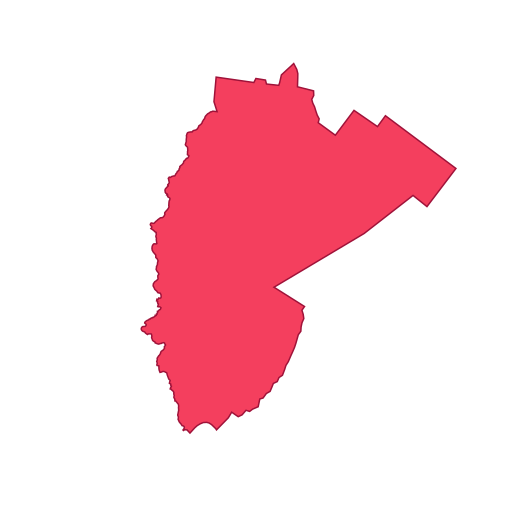 the district of Apostoles, Misiones, Argentina, rotated 31°
{"feature_id": "61730980B76555431598408", "entity_name": "Apostoles", "entity_type": "district", "adm_level": 2, "iso_a3": "ARG", "parent_name": "Argentina", "parent_adm1": "Misiones", "projection": "natural_earth1", "projection_center": [-55.748, -27.916], "detail": "fine", "context": "isolated", "style": "filled", "palette": "rose", "viewbox_px": 512, "rotation_deg": 31, "n_neighbors": 0, "source": "geoboundaries", "source_scale": "gbopen_adm2", "svg_char_len": 6117}
<svg xmlns="http://www.w3.org/2000/svg" viewBox="0 0 512 512"><g transform="rotate(31 256 256)"><path d="M290.6,441.8L292.0,434.8L293.0,431.6L294.6,428.6L296.6,425.9L299.4,424.0L301.8,423.3L304.7,423.4L310.3,424.7L311.7,425.4L315.6,409.0L315.6,402.4L323.5,402.9L325.9,399.3L326.9,393.4L330.6,392.5L331.9,389.1L335.5,384.1L332.9,376.6L335.2,374.1L335.7,368.5L337.8,364.8L337.2,360.5L336.5,356.3L338.9,352.7L338.3,348.3L340.1,344.6L339.0,338.5L338.0,334.4L338.1,329.9L337.2,323.3L336.7,318.9L336.1,314.5L335.1,310.1L332.8,301.7L333.2,297.4L331.2,293.6L329.8,289.5L329.2,285.0L326.5,281.7L323.3,278.8L323.6,274.3L287.5,273.5L337.1,181.0L359.4,123.2L377.1,125.6L382.3,78.0L294.7,69.1L293.5,82.5L265.0,80.7L261.8,111.6L240.7,109.7L239.5,105.9L235.9,103.7L232.6,100.9L229.4,98.0L225.9,95.7L223.1,93.0L222.8,88.6L220.3,84.8L204.4,89.6L200.1,81.9L197.9,78.1L194.9,75.1L189.2,71.6L184.5,87.7L187.0,95.2L187.6,98.0L176.4,103.2L173.5,100.3L164.5,103.9L164.8,108.4L129.7,123.2L140.5,145.4L148.3,152.3L144.4,154.1L143.5,155.4L142.8,155.9L142.3,157.3L141.3,159.1L140.7,161.9L140.7,163.1L141.1,164.4L141.1,165.3L140.9,165.8L140.9,168.5L141.1,169.3L141.2,169.9L140.9,171.8L140.0,173.7L140.0,174.3L140.3,175.3L140.3,176.1L140.2,176.6L140.2,177.6L139.3,179.3L138.2,180.2L137.7,180.9L137.4,181.6L137.4,182.4L137.0,182.8L136.3,183.1L135.7,183.7L135.1,184.1L134.5,184.7L133.9,185.5L133.8,186.3L134.4,188.8L134.8,189.3L135.1,189.5L135.8,191.2L136.1,191.7L136.5,192.7L137.1,193.3L138.1,197.0L138.6,197.3L139.4,197.6L140.0,197.8L140.4,197.8L141.1,198.0L141.8,198.6L142.1,199.2L143.2,200.7L143.6,202.0L144.0,202.5L144.4,203.2L144.7,204.0L145.1,204.5L146.2,204.5L146.8,204.6L147.0,205.0L147.1,205.9L147.1,207.0L146.6,207.9L146.3,207.9L146.0,208.8L145.9,210.1L145.7,210.7L145.4,211.5L145.4,212.4L145.9,213.7L145.8,214.4L145.4,216.4L145.1,216.9L144.6,218.5L145.2,219.4L145.2,220.1L145.3,221.1L145.7,221.8L145.4,223.4L145.0,224.0L145.3,225.4L145.0,226.8L145.2,229.0L145.0,229.3L144.3,229.7L142.7,231.4L142.2,232.7L141.1,233.0L140.9,233.4L141.0,233.9L140.8,234.6L141.6,235.2L141.8,235.6L142.7,236.5L143.3,237.2L143.7,237.5L143.9,238.1L143.9,238.6L143.9,239.3L143.6,240.2L143.8,240.7L144.2,240.7L144.5,240.8L144.7,241.1L144.4,241.9L144.2,243.0L144.0,243.6L144.0,244.3L143.8,245.0L143.8,245.6L144.0,246.2L144.4,247.0L144.9,247.4L145.2,248.0L145.9,248.4L146.6,248.7L147.3,248.5L147.9,248.6L147.9,249.2L148.0,249.6L148.6,249.2L149.0,249.2L149.1,249.8L149.7,250.6L150.2,250.7L152.0,250.7L152.7,251.1L153.2,252.4L153.2,253.5L153.8,254.9L154.2,255.6L154.3,255.9L154.8,256.7L154.9,257.1L155.3,257.8L155.8,258.2L156.2,259.2L156.3,260.0L156.2,261.9L155.8,263.3L155.8,263.9L155.5,265.4L155.5,265.9L155.7,266.4L156.4,267.1L156.5,267.4L156.6,269.6L156.1,271.2L154.5,272.4L154.0,273.3L153.4,274.9L153.1,275.5L152.9,276.6L152.3,278.0L151.9,280.0L151.6,280.6L151.0,281.0L150.7,281.1L149.4,281.5L149.1,281.8L149.0,282.2L149.1,283.3L149.4,283.7L149.9,284.0L150.4,284.2L151.4,284.4L151.9,285.3L151.9,286.2L151.8,286.6L155.1,286.8L156.8,287.3L157.4,287.2L158.3,287.2L158.5,287.8L159.0,288.3L159.4,288.8L159.7,289.5L159.9,290.5L160.5,291.3L161.2,291.7L161.7,292.4L161.9,293.0L163.1,294.6L163.7,295.4L164.6,296.3L164.6,296.5L164.3,297.0L162.6,297.9L162.1,298.3L161.9,299.2L161.9,300.0L162.0,301.1L162.9,303.1L163.4,303.5L163.8,304.3L166.0,305.6L169.6,306.8L170.9,308.9L172.1,309.2L172.4,309.1L174.6,310.6L174.9,312.1L175.4,313.2L175.8,313.8L175.9,314.2L176.1,315.6L176.1,316.3L176.5,316.9L177.3,318.9L178.8,319.9L181.0,320.7L181.9,321.5L182.1,321.9L182.1,322.1L181.9,323.2L182.6,324.5L183.7,325.8L183.8,326.1L183.8,326.6L183.3,328.5L182.5,330.1L182.3,332.6L183.2,334.6L185.2,335.8L186.2,336.6L187.6,337.0L188.7,337.1L190.9,338.0L193.1,337.2L194.5,338.1L195.7,339.8L196.0,340.8L195.5,341.7L194.3,342.0L194.4,343.3L194.0,343.7L193.3,344.0L193.9,345.7L195.0,345.4L195.4,346.4L196.5,347.4L197.1,347.4L197.8,350.0L198.8,349.7L199.3,349.2L199.8,349.1L201.2,349.3L201.4,350.3L201.5,350.8L201.4,351.3L201.1,351.5L200.9,351.8L200.8,352.3L200.5,353.7L200.0,354.2L200.8,355.1L200.7,356.1L201.1,356.7L200.6,357.2L201.0,357.8L201.1,358.3L200.1,358.8L200.5,359.6L199.7,361.3L199.2,361.7L199.3,362.1L198.1,363.1L197.8,364.4L197.0,365.0L197.0,365.6L196.7,366.3L196.1,366.9L195.4,368.1L194.8,370.1L195.1,370.8L197.1,371.2L197.5,371.8L197.4,373.3L195.3,374.8L194.9,375.6L194.8,376.3L195.0,377.2L195.2,377.7L195.9,378.3L196.8,378.7L197.9,378.8L199.3,378.5L200.0,378.5L200.9,379.0L203.4,379.2L203.6,378.9L203.8,378.2L205.8,377.0L206.5,376.8L207.6,377.8L207.8,378.1L208.1,378.4L208.2,379.0L208.6,379.8L210.3,381.1L210.4,381.3L211.2,381.7L212.4,381.8L213.9,381.8L214.2,382.1L214.3,382.4L215.9,382.2L217.7,381.8L218.6,381.0L218.8,380.6L219.9,379.7L220.1,379.1L220.6,378.7L220.9,378.3L221.2,378.0L221.8,377.7L222.3,377.7L222.5,378.0L223.4,378.5L223.8,378.5L224.3,378.9L224.3,379.2L224.2,380.7L224.2,381.2L224.9,381.9L225.1,382.3L224.9,384.1L224.7,384.7L223.9,386.5L223.9,387.7L224.3,388.5L224.3,390.6L224.2,391.1L224.0,391.6L223.9,394.4L224.1,394.9L224.6,395.4L224.9,396.1L225.0,396.7L225.3,397.7L225.7,397.9L226.6,398.8L226.9,400.0L227.5,400.8L229.3,400.2L231.0,402.8L231.7,403.6L233.0,404.7L233.7,405.2L234.7,404.2L235.7,402.8L237.2,402.2L237.7,402.2L238.2,402.3L239.0,402.1L239.8,402.2L241.1,403.6L244.6,406.4L245.9,406.7L246.5,406.9L246.9,408.6L247.4,409.8L248.7,409.6L249.0,409.7L249.3,410.5L250.1,411.2L250.6,411.2L250.7,411.5L250.6,412.2L250.7,413.6L251.0,414.2L251.8,413.9L252.1,414.0L252.5,414.2L254.8,414.6L255.7,415.2L256.1,415.6L256.3,416.2L256.7,416.7L257.2,417.3L257.8,417.7L257.9,418.2L258.3,419.3L258.7,419.7L260.0,420.4L260.3,420.8L261.2,422.0L261.7,421.7L262.2,421.7L262.8,422.0L263.6,422.2L264.4,422.6L265.5,422.9L266.3,423.6L267.0,424.5L267.6,425.8L269.2,428.1L269.8,429.9L270.5,431.7L270.6,432.2L271.2,433.1L272.3,433.8L272.9,435.0L273.4,436.2L274.4,436.8L274.8,437.0L275.1,437.4L275.5,437.7L276.0,437.8L277.1,438.3L278.0,438.5L280.1,439.5L280.7,439.2L281.5,439.1L282.2,439.2L282.9,440.0L283.1,440.5L283.2,441.7L283.0,442.6L283.3,442.9L283.8,442.9L284.2,441.7L284.4,441.5L284.8,441.4L286.4,440.6L290.6,441.8Z" fill="#f43f5e" stroke="#9f1239" stroke-width="1.5"/></g></svg>